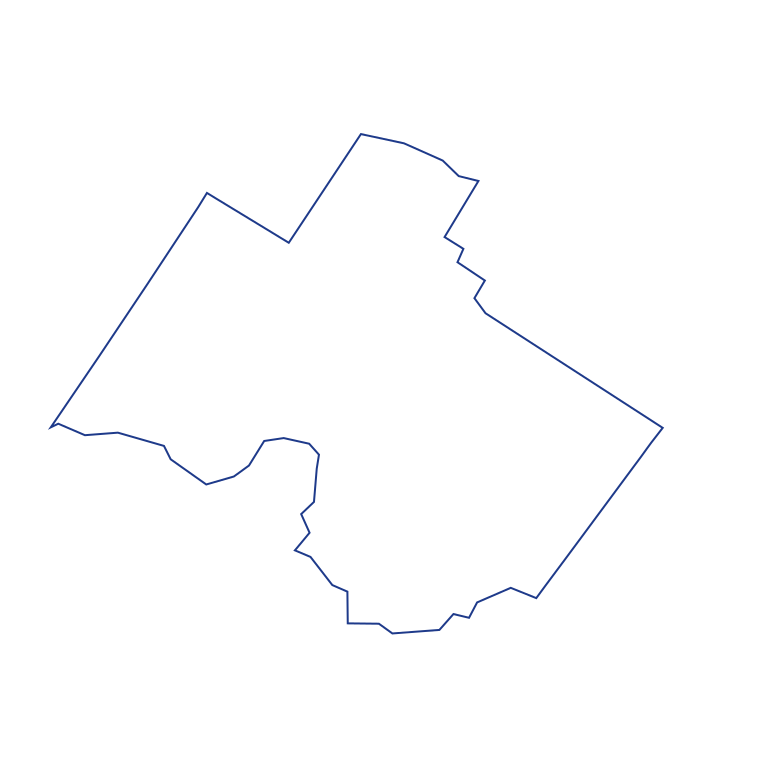 outline of Lowndes, Georgia, United States of America, rotated 302°
{"feature_id": "52423323B90608613064350", "entity_name": "Lowndes", "entity_type": "district", "adm_level": 2, "iso_a3": "USA", "parent_name": "United States of America", "parent_adm1": "Georgia", "projection": "equal_earth", "projection_center": [-83.3, 30.828], "detail": "fine", "context": "isolated", "style": "outline", "palette": "blue", "viewbox_px": 768, "rotation_deg": 302, "n_neighbors": 0, "source": "geoboundaries", "source_scale": "gbopen_adm2", "svg_char_len": 862}
<svg xmlns="http://www.w3.org/2000/svg" viewBox="0 0 768 768"><g transform="rotate(302 384 384)"><path d="M435.6,132.7L343.0,130.4L256.6,127.7L170.7,124.4L177.7,128.8L182.1,157.5L201.7,184.1L214.9,230.2L207.1,243.0L204.6,286.5L226.0,305.7L243.3,312.7L272.2,312.6L285.0,327.6L293.7,352.2L289.6,366.3L276.6,371.8L246.9,387.1L229.8,382.7L218.4,399.7L195.7,396.6L198.4,413.3L186.1,446.7L188.5,463.0L161.8,480.1L178.0,506.7L176.9,523.3L204.8,561.3L225.7,564.8L230.8,580.0L248.1,578.7L278.3,599.5L283.1,626.6L299.0,627.8L327.1,630.1L329.2,630.3L329.4,630.3L364.7,633.1L445.9,639.5L458.3,640.5L468.9,641.2L475.7,641.7L494.5,643.6L497.8,432.6L504.7,415.2L525.2,414.7L526.2,381.8L540.7,379.7L540.7,357.5L606.2,356.5L599.9,337.2L604.6,315.4L598.7,273.4L583.7,232.0L453.3,228.4L452.3,143.8L452.2,132.6L435.6,132.7Z" fill="none" stroke="#1e3a8a" stroke-width="2"/></g></svg>